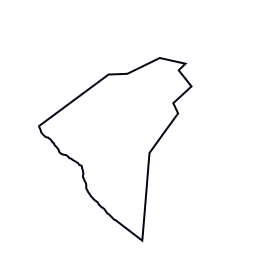 the district of João Costa, Piauí, Brazil, rotated 304°
{"feature_id": "56859067B8794694572671", "entity_name": "João Costa", "entity_type": "district", "adm_level": 2, "iso_a3": "BRA", "parent_name": "Brazil", "parent_adm1": "Piauí", "projection": "orthographic", "projection_center": [-42.621, -8.552], "detail": "fine", "context": "isolated", "style": "outline", "palette": "ink", "viewbox_px": 256, "rotation_deg": 304, "n_neighbors": 0, "source": "geoboundaries", "source_scale": "gbopen_adm2", "svg_char_len": 1522}
<svg xmlns="http://www.w3.org/2000/svg" viewBox="0 0 256 256"><g transform="rotate(304 128 128)"><path d="M44.4,167.7L44.6,169.5L42.6,202.8L45.4,201.3L81.1,181.3L107.7,166.3L119.3,159.8L148.4,160.7L159.3,161.1L161.1,161.2L162.1,161.2L168.1,161.4L173.9,151.7L198.0,157.4L204.2,137.8L213.4,139.7L203.8,115.2L172.6,97.2L170.8,94.8L169.4,92.9L161.5,82.0L79.9,53.2L78.9,54.2L78.2,55.6L77.3,57.0L76.2,57.9L75.7,59.1L75.3,60.5L74.9,61.7L74.7,63.4L74.5,64.6L75.0,66.5L75.4,67.4L75.2,68.3L75.2,69.5L75.0,70.7L74.7,71.8L74.1,73.0L73.9,74.1L73.9,75.2L73.0,76.2L72.6,77.6L72.3,78.9L72.1,79.9L71.7,81.2L71.1,82.8L70.5,83.5L69.8,84.2L69.6,85.1L69.4,86.4L69.2,87.4L69.5,88.3L69.8,89.2L70.0,90.1L70.7,91.2L71.0,92.5L70.8,93.8L70.8,94.8L70.3,95.8L70.3,96.7L70.6,97.6L70.9,98.4L70.6,99.7L70.7,101.4L70.8,102.6L70.9,103.6L70.9,104.8L70.9,106.4L70.6,107.4L70.1,108.2L70.3,109.3L70.8,110.5L70.2,111.4L69.5,112.0L68.6,112.8L68.2,113.6L67.5,114.3L66.7,115.1L65.7,116.0L65.0,116.7L63.8,117.1L62.6,117.8L61.8,118.5L61.4,119.5L60.6,120.7L59.9,121.6L59.4,122.5L59.1,123.3L58.4,124.4L57.5,125.2L56.6,125.8L55.4,126.6L54.3,127.6L53.8,128.8L53.3,129.7L52.5,131.0L51.9,132.7L51.3,134.2L50.7,135.6L50.5,136.6L50.2,137.7L49.8,139.1L49.6,140.5L49.5,141.8L49.5,143.2L49.4,144.2L49.0,145.3L48.4,146.4L48.0,147.6L47.9,149.0L47.5,150.3L47.6,151.2L47.7,152.2L47.6,153.2L47.3,154.3L46.9,155.4L46.5,156.6L46.0,157.6L45.7,158.5L45.7,159.4L45.7,160.9L45.3,162.5L45.1,164.0L44.8,165.3L44.5,166.5L44.4,167.7Z" fill="none" stroke="#020617" stroke-width="2"/></g></svg>